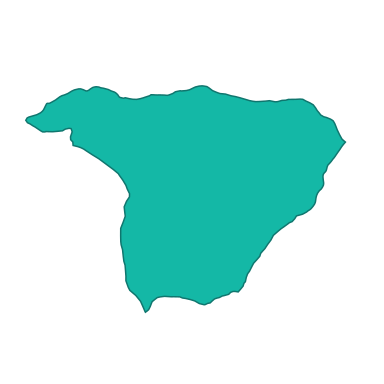 the district of Menbi, Lhuntshi, Bhutan, rotated 264°
{"feature_id": "84629894B25534094545314", "entity_name": "Menbi", "entity_type": "district", "adm_level": 2, "iso_a3": "BTN", "parent_name": "Bhutan", "parent_adm1": "Lhuntshi", "projection": "albers", "projection_center": [91.176, 27.598], "detail": "fine", "context": "isolated", "style": "filled", "palette": "teal", "viewbox_px": 384, "rotation_deg": 264, "n_neighbors": 0, "source": "geoboundaries", "source_scale": "gbopen_adm2", "svg_char_len": 3624}
<svg xmlns="http://www.w3.org/2000/svg" viewBox="0 0 384 384"><g transform="rotate(264 192 192)"><path d="M77.3,133.1L78.2,134.7L79.5,136.6L82.5,138.5L85.1,139.8L87.1,140.9L88.9,143.6L90.6,146.4L91.0,149.2L91.1,153.8L90.0,160.2L89.7,163.3L89.0,168.9L87.6,171.4L86.8,174.5L85.2,179.1L83.4,183.3L80.3,187.6L78.6,192.3L78.6,193.2L79.6,196.0L79.8,198.5L81.4,200.5L83.3,203.2L83.9,205.8L84.2,208.2L85.5,211.5L85.5,212.5L86.4,217.8L88.2,220.0L88.8,222.4L88.6,224.5L87.8,227.5L90.3,230.2L93.1,233.0L95.8,234.1L97.2,235.7L101.5,237.1L104.9,238.8L107.2,240.9L112.0,244.0L114.7,245.8L118.0,249.5L121.0,252.7L123.8,253.9L125.8,256.0L128.1,258.6L131.8,261.6L135.9,265.4L140.4,268.4L143.9,273.4L146.0,276.5L148.8,281.5L151.3,285.7L152.1,288.5L154.7,291.4L157.3,293.4L157.7,295.7L158.1,298.2L158.4,299.7L158.7,300.5L159.3,301.9L159.9,303.4L160.5,304.5L161.2,305.5L161.9,307.0L162.3,307.7L163.0,308.7L164.9,310.7L165.9,311.6L167.4,312.8L169.2,313.7L170.7,314.1L172.0,314.4L173.5,314.8L175.6,315.6L177.0,316.4L178.0,317.0L180.0,318.8L181.0,320.2L181.6,321.0L183.5,322.5L185.0,323.4L185.7,323.6L186.5,323.8L187.5,323.9L190.2,323.8L192.7,323.8L194.0,323.9L195.5,324.3L196.3,324.8L197.1,325.5L197.9,326.5L198.7,327.3L199.7,327.9L201.0,328.4L202.5,328.9L203.9,329.6L204.7,330.1L206.2,331.9L207.8,333.6L209.9,335.5L211.3,337.0L213.4,338.8L215.3,340.4L217.7,342.5L219.3,343.9L220.6,344.9L222.3,346.4L223.3,347.4L224.3,348.4L225.0,349.2L225.6,349.8L227.8,347.7L229.1,346.6L233.4,344.8L238.7,342.9L241.4,342.2L245.2,341.1L247.9,339.9L249.0,338.7L250.1,337.2L250.9,335.7L252.1,333.4L253.1,330.8L254.1,329.5L255.1,328.1L257.4,326.7L259.9,325.0L262.7,323.7L266.0,321.7L268.4,318.5L270.6,314.7L272.6,311.9L273.1,309.2L273.3,305.1L274.0,297.5L273.5,294.9L273.7,291.0L273.0,287.3L272.9,286.0L273.0,284.1L274.7,278.6L274.7,274.4L274.8,272.3L274.9,269.2L275.2,264.9L275.9,261.9L276.9,258.7L278.0,256.1L280.8,249.3L282.4,245.0L283.6,240.9L285.3,236.9L285.9,235.5L287.0,230.1L287.7,228.6L288.9,226.2L290.7,223.0L293.9,219.6L295.3,217.8L296.1,215.0L296.5,213.2L296.6,210.2L296.1,206.4L295.4,204.3L295.1,203.5L293.9,200.2L293.5,197.2L293.5,196.1L293.6,192.0L293.9,190.9L293.6,187.5L293.4,185.9L292.0,183.3L290.9,179.2L290.7,177.5L291.3,174.5L292.0,169.3L292.1,167.6L292.5,164.8L292.7,163.8L293.0,161.4L292.2,160.0L291.0,154.4L290.8,153.7L290.2,150.2L289.9,146.7L290.4,142.9L291.3,139.6L292.7,135.5L292.4,133.6L293.8,129.8L295.3,128.9L296.7,128.2L298.7,126.4L299.6,125.1L301.0,122.1L302.6,119.6L304.4,115.0L305.2,112.1L306.1,110.4L306.7,107.7L306.6,105.7L306.3,104.1L305.1,101.7L304.0,99.9L303.5,98.3L303.6,97.1L305.1,94.6L306.2,92.1L306.4,90.1L306.0,86.9L305.8,85.6L304.9,82.9L303.0,79.0L301.9,75.4L301.4,72.8L300.6,70.7L298.5,67.1L297.8,66.0L296.0,61.8L295.1,59.5L295.3,57.3L294.9,56.6L293.6,55.7L290.6,53.8L289.2,52.9L287.9,51.6L286.6,49.7L285.1,45.8L284.1,40.4L283.6,37.6L282.9,35.8L280.7,34.2L278.1,35.6L276.6,38.1L274.6,40.5L272.9,42.9L270.7,45.5L268.6,48.0L267.4,49.7L267.1,52.1L267.4,52.9L266.5,59.6L266.4,64.5L266.4,69.6L267.8,72.6L268.2,76.4L267.7,78.4L264.4,79.1L263.2,78.6L261.7,77.9L259.5,76.9L256.7,76.8L254.2,78.7L250.7,78.6L249.1,83.1L247.7,86.1L246.0,88.8L244.2,90.9L239.1,97.2L234.9,102.7L227.1,111.2L222.8,115.9L218.0,120.6L215.8,121.7L211.3,124.3L205.5,127.0L201.8,127.9L196.9,129.7L193.7,129.3L189.6,125.9L184.3,123.0L179.8,123.0L174.9,123.1L169.0,120.3L163.3,117.3L156.1,116.5L150.4,116.0L147.0,116.0L141.9,116.9L134.8,116.9L130.3,117.0L126.1,117.8L122.2,117.7L115.1,117.5L110.6,117.0L103.7,118.7L100.7,119.9L97.9,122.5L95.0,125.3L88.7,129.4L83.5,131.1L78.0,132.8L77.3,133.1Z" fill="#14b8a6" stroke="#0f766e" stroke-width="1.5"/></g></svg>